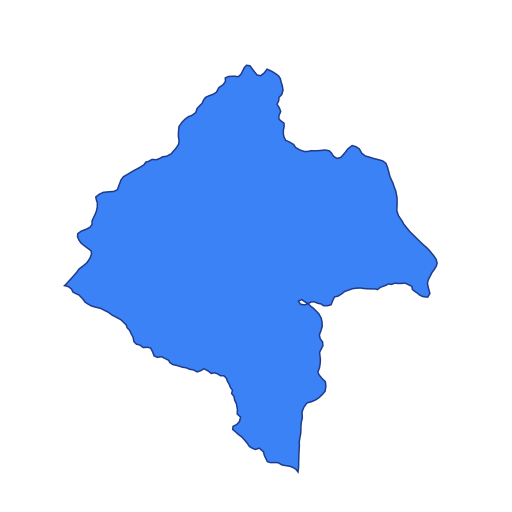 the district of Varzelândia, Minas Gerais, Brazil, rotated 37°
{"feature_id": "56859067B50671796395977", "entity_name": "Varzelândia", "entity_type": "district", "adm_level": 2, "iso_a3": "BRA", "parent_name": "Brazil", "parent_adm1": "Minas Gerais", "projection": "albers", "projection_center": [-43.92, -15.637], "detail": "fine", "context": "isolated", "style": "filled", "palette": "blue", "viewbox_px": 512, "rotation_deg": 37, "n_neighbors": 0, "source": "geoboundaries", "source_scale": "gbopen_adm2", "svg_char_len": 4467}
<svg xmlns="http://www.w3.org/2000/svg" viewBox="0 0 512 512"><g transform="rotate(37 256 256)"><path d="M120.9,394.9L124.5,393.4L128.4,393.4L131.6,395.0L134.4,394.5L138.1,393.7L143.3,394.5L147.4,395.7L150.5,395.5L154.5,395.0L158.3,393.6L161.4,392.2L164.4,391.1L167.9,390.6L171.8,389.8L176.3,389.8L180.4,389.2L186.2,388.2L190.6,388.7L193.7,389.1L196.2,390.8L199.6,391.4L203.4,393.3L206.7,394.9L210.0,397.8L213.5,398.4L216.8,397.0L221.0,397.0L224.5,394.0L227.4,393.0L231.3,394.9L234.7,397.1L238.2,396.3L241.1,393.3L245.5,392.5L248.8,391.9L251.6,393.0L255.0,392.7L259.5,390.7L264.2,389.1L267.7,387.2L271.2,386.4L274.6,384.6L278.7,384.0L280.7,381.2L282.4,377.3L287.4,376.6L290.9,376.8L293.2,374.2L296.3,373.2L299.6,373.0L302.4,371.0L305.7,371.4L308.5,373.2L311.6,374.5L314.8,376.4L318.0,377.4L319.3,380.5L323.0,381.4L325.6,383.9L329.4,385.9L333.4,389.6L336.1,393.5L340.6,393.9L342.4,398.1L342.0,402.2L340.2,405.9L341.8,408.6L344.8,408.7L349.1,409.1L353.7,409.1L357.4,409.8L361.4,410.7L365.5,412.1L368.9,411.7L371.9,410.9L374.2,407.5L379.8,407.9L382.8,410.3L385.6,411.7L388.8,413.4L391.9,412.3L394.7,410.1L398.1,407.7L402.3,407.3L406.3,405.3L409.7,403.5L413.0,402.6L416.1,402.3L419.5,403.2L417.6,399.8L415.8,397.2L413.8,394.5L412.0,391.9L410.0,389.1L407.5,385.5L404.9,381.5L402.4,378.4L400.4,374.7L398.5,370.8L396.6,368.0L394.6,365.3L392.3,361.7L390.5,357.5L388.5,355.2L386.5,352.6L385.2,347.7L385.1,342.7L387.7,339.4L389.9,335.7L391.4,331.8L392.3,326.9L392.6,322.5L390.1,317.8L387.0,314.6L382.6,314.1L378.4,313.1L375.4,311.7L374.0,307.1L372.1,303.5L369.9,300.1L367.0,297.1L364.7,294.5L364.1,291.0L363.4,287.4L360.8,284.5L357.1,283.5L354.1,280.9L352.7,276.2L351.3,272.4L348.3,268.8L345.3,266.3L340.8,264.3L336.4,263.6L333.1,263.2L329.7,263.2L326.2,262.7L327.7,259.6L330.0,257.5L333.8,256.6L336.6,255.2L340.0,255.0L343.3,252.4L345.3,249.7L344.2,245.9L343.3,241.5L345.7,238.6L347.2,234.7L348.2,230.9L350.5,227.5L352.7,224.1L355.2,221.6L358.5,218.8L362.3,216.7L364.9,215.0L367.9,212.9L370.6,210.8L373.2,209.7L374.3,205.9L377.0,201.9L378.6,198.6L381.4,197.1L383.0,194.3L386.2,192.3L388.8,190.3L391.3,187.9L394.9,187.2L398.6,186.4L401.1,188.6L404.4,188.7L407.6,188.5L410.5,188.7L413.7,188.0L417.9,185.5L417.4,181.2L414.5,179.0L411.6,176.7L409.3,174.5L407.9,171.4L407.1,166.6L406.5,163.1L406.5,159.4L406.1,155.6L404.9,152.6L401.6,150.1L397.3,148.7L394.3,148.0L390.6,147.1L387.2,146.6L382.5,146.3L377.6,145.7L372.8,145.1L368.3,144.5L364.6,144.0L359.1,142.7L354.8,141.6L351.8,140.2L348.5,139.1L345.4,138.0L341.1,135.0L338.2,130.7L336.0,127.7L333.5,124.5L330.4,121.7L328.0,119.6L325.4,118.1L321.2,115.2L315.4,112.1L311.7,109.2L307.5,105.9L303.9,103.8L300.0,103.8L295.7,105.4L291.6,107.2L287.3,108.7L283.2,110.3L278.7,110.3L274.1,108.3L270.3,108.5L266.3,109.9L264.9,115.0L264.9,120.2L264.4,126.2L261.8,129.4L258.0,129.7L254.4,128.4L251.1,127.9L247.5,129.7L243.7,133.2L240.3,136.1L236.7,138.7L234.3,141.5L231.5,143.6L226.8,145.0L222.3,145.5L219.0,144.3L214.3,144.8L210.0,145.8L206.8,144.1L204.3,142.0L202.2,139.1L200.5,135.6L198.5,133.1L195.1,133.1L192.0,132.9L189.9,130.3L188.8,125.8L185.4,123.6L181.5,122.2L180.7,118.3L178.9,115.5L179.4,111.6L177.8,107.3L174.2,103.9L171.3,101.9L168.8,99.8L165.7,98.6L162.1,98.6L158.3,98.9L155.5,99.4L152.4,100.1L152.4,104.8L151.2,109.2L148.0,110.8L144.2,109.9L140.3,108.8L136.7,107.7L133.6,109.4L133.3,112.9L134.1,116.7L134.6,120.1L133.9,123.6L130.8,125.2L128.1,127.4L125.9,129.3L124.3,132.3L126.5,134.9L126.6,139.2L125.0,143.7L125.8,149.1L124.4,152.7L122.2,156.0L120.2,159.8L120.3,163.2L121.1,166.6L120.5,170.2L120.2,173.8L121.6,177.8L120.0,182.7L118.2,185.3L117.0,189.3L116.4,193.5L116.6,199.0L119.5,203.7L121.9,207.1L124.9,209.9L126.9,213.1L127.2,216.2L127.2,219.2L126.9,222.2L126.8,225.4L124.6,230.1L121.6,233.1L120.4,236.0L118.3,239.3L114.9,241.4L113.3,245.0L111.5,247.2L111.6,250.7L110.0,254.9L107.7,259.9L106.0,263.7L104.4,267.8L102.4,272.5L102.4,276.5L103.3,279.4L104.2,282.7L105.4,286.3L103.8,289.8L99.8,293.3L95.7,297.1L93.6,301.2L92.5,305.3L94.8,307.3L97.3,309.0L99.9,312.6L101.7,316.7L102.6,320.3L103.9,326.6L106.1,329.5L106.1,332.9L104.3,336.8L101.5,341.2L100.2,345.3L101.8,348.0L105.1,349.9L108.7,351.0L111.8,351.1L115.9,351.1L121.2,351.1L123.4,353.3L124.6,357.1L124.9,360.3L124.9,363.8L123.9,367.9L122.5,372.9L122.6,377.0L122.3,381.3L122.0,385.0L121.7,388.2L121.4,391.9L120.9,394.9ZM326.2,262.7L324.2,265.9L320.5,267.7L317.0,266.6L318.7,263.3L322.6,263.2L326.2,262.7Z" fill="#3b82f6" stroke="#1e3a8a" stroke-width="1.5"/></g></svg>